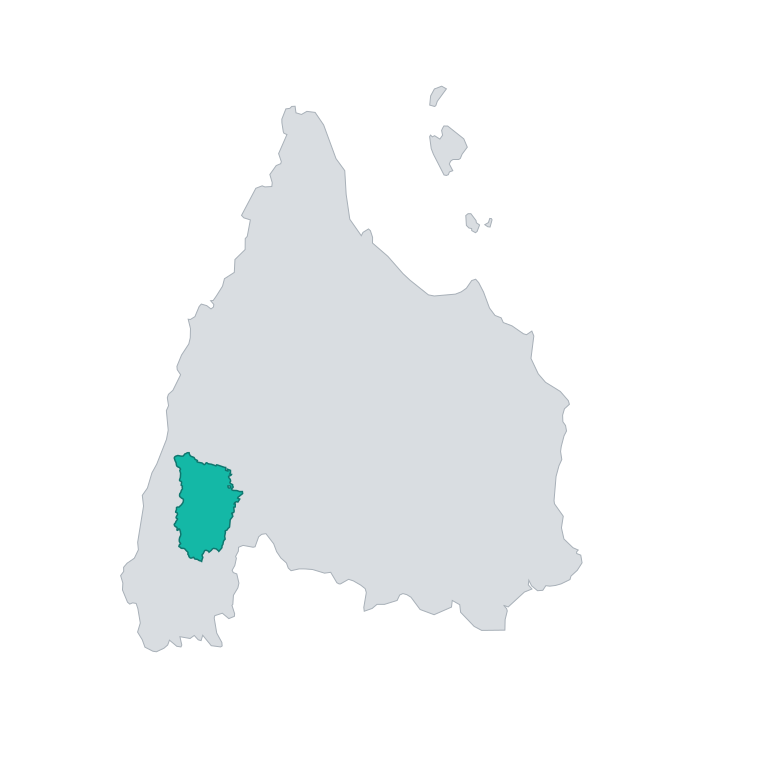 León on a map of Spain (Mercator projection), rotated 280°
{"feature_id": "ESP-5830", "entity_name": "León", "entity_type": "Autonomous Community", "adm_level": 1, "iso_a3": "ESP", "parent_name": "Spain", "parent_adm1": "", "projection": "mercator", "projection_center": [-5.923, 42.635], "detail": "fine", "context": "in_parent", "style": "filled", "palette": "teal", "viewbox_px": 768, "rotation_deg": 280, "n_neighbors": 0, "source": "natural_earth", "source_scale": "10m", "svg_char_len": 7936}
<svg xmlns="http://www.w3.org/2000/svg" viewBox="0 0 768 768"><g transform="rotate(280 384 384)"><path d="M413.8,179.9L413.9,182.1L417.5,186.1L428.2,188.5L431.0,190.2L430.4,195.8L427.9,200.6L430.2,202.7L432.8,202.6L435.9,198.8L436.6,201.3L441.5,203.6L452.3,208.0L460.0,208.6L467.9,217.2L480.7,215.6L492.3,223.9L503.1,222.1L505.6,223.7L522.4,223.9L523.3,217.1L525.3,214.4L554.5,223.8L558.0,229.6L557.4,232.5L559.0,239.2L562.8,239.0L570.5,235.2L580.4,239.9L583.0,244.0L585.1,244.3L592.6,240.2L612.8,245.1L613.6,241.9L615.0,241.0L623.5,238.1L627.1,237.4L637.9,239.6L639.1,243.4L641.3,244.9L642.1,248.2L635.8,250.2L635.1,255.9L639.1,260.7L639.5,269.0L628.6,279.6L597.6,297.6L587.3,308.3L564.2,313.8L540.3,321.7L526.1,335.9L529.7,337.0L534.0,341.8L532.6,344.0L526.4,347.3L520.8,348.2L510.4,365.6L496.0,383.5L490.8,391.5L479.5,412.2L479.4,418.2L484.9,438.7L488.1,444.0L492.6,448.5L501.1,452.4L503.1,456.1L500.2,459.7L491.8,466.1L477.1,474.7L470.8,481.4L469.5,487.9L465.2,490.8L463.5,499.9L457.7,512.5L457.3,515.8L461.8,520.4L457.3,523.2L434.7,524.3L420.7,534.2L413.7,542.8L407.3,558.9L399.6,568.4L396.2,570.1L390.9,566.0L384.3,565.3L377.9,566.7L374.6,570.0L369.4,571.9L364.2,570.3L353.2,569.4L348.2,569.6L340.5,572.2L333.9,570.5L322.8,569.5L298.7,571.7L295.6,572.7L284.9,583.5L273.2,583.7L262.6,588.1L255.6,598.5L254.2,604.1L252.1,602.8L250.5,603.2L249.6,607.5L242.3,610.1L234.1,606.7L227.3,601.5L223.7,601.1L217.9,593.1L215.4,587.9L213.7,582.4L213.5,578.4L208.4,576.2L207.1,571.1L210.9,564.4L215.9,560.7L211.2,561.0L207.8,565.3L203.5,558.4L186.0,545.0L186.9,540.2L184.0,543.8L181.9,544.8L173.0,544.2L162.6,545.8L158.3,523.0L160.9,514.9L172.5,499.1L179.8,496.9L182.7,488.8L176.0,489.2L165.5,473.4L168.2,458.7L178.7,447.6L180.5,443.1L180.9,439.0L178.9,436.1L173.1,434.5L167.1,422.8L165.8,415.4L160.9,411.3L156.8,404.0L160.5,402.9L175.5,402.8L179.2,401.0L181.9,396.0L184.8,388.0L185.5,383.0L179.6,375.9L179.3,374.5L180.1,372.1L189.3,364.2L187.4,358.3L188.9,345.9L188.2,338.6L187.2,332.6L184.0,324.9L186.1,321.7L190.8,319.0L194.7,312.7L200.2,307.4L207.5,303.1L216.1,293.7L214.7,289.6L211.8,287.1L201.3,285.3L200.5,283.4L200.6,273.2L197.9,269.1L194.1,269.6L188.3,267.8L186.8,268.9L179.4,268.6L174.2,266.8L172.1,268.3L171.4,272.0L162.7,275.7L157.9,275.5L149.8,272.4L140.7,273.4L139.6,272.7L131.8,276.8L129.2,277.0L126.0,271.9L130.2,264.6L126.5,257.6L124.1,257.4L109.7,262.5L101.3,269.2L97.9,270.1L96.7,268.8L96.3,259.3L105.1,249.1L99.5,248.4L99.8,245.5L103.4,240.8L99.7,237.2L99.7,226.9L91.8,230.2L89.8,229.7L89.7,225.5L94.5,217.2L89.4,216.3L85.6,213.2L80.8,206.4L80.7,202.8L83.3,194.3L90.2,190.3L96.9,184.4L106.3,185.5L120.1,180.6L124.9,178.0L124.8,174.4L123.1,171.8L124.6,169.3L135.8,162.2L142.6,161.4L149.6,157.9L154.2,160.2L158.3,159.4L162.9,162.1L169.1,168.4L178.1,170.9L185.3,168.9L222.0,168.4L232.4,165.3L240.5,169.1L256.2,170.9L265.6,174.1L291.7,179.4L301.1,179.5L320.0,174.3L325.2,175.6L332.8,173.0L336.4,173.5L341.1,177.2L357.8,182.1L362.2,177.9L365.4,177.0L377.4,179.6L389.5,184.8L395.8,185.2L405.0,183.8L413.8,179.9ZM634.9,396.5L639.2,398.5L643.7,396.7L646.1,397.3L648.5,398.2L649.1,401.9L639.3,420.0L631.7,424.9L623.9,421.0L619.4,420.0L618.1,418.6L617.0,412.8L615.0,410.9L612.0,410.1L606.0,414.7L604.2,411.6L601.3,411.0L600.2,409.2L600.3,406.8L618.8,392.8L624.1,389.6L635.5,386.0L637.2,386.6L635.8,388.7L637.3,390.7L634.9,396.5ZM687.3,389.1L685.5,394.2L671.7,387.4L667.2,386.7L666.1,385.7L666.6,380.6L675.8,379.9L683.3,382.4L687.3,389.1ZM558.8,447.0L557.2,450.5L550.4,449.2L548.9,447.8L550.3,443.8L552.3,443.3L552.4,440.5L554.5,437.6L564.1,435.3L566.3,437.2L566.8,440.0L561.0,446.2L558.8,447.0ZM565.5,461.1L564.4,461.9L557.0,461.2L556.9,458.9L558.4,455.6L561.1,458.8L565.4,459.4L565.5,461.1Z" fill="#d9dde1" stroke="#a8b0b8" stroke-width="1"/><path d="M274.9,190.3L275.3,190.4L275.7,190.5L276.6,191.2L277.8,193.4L277.7,196.7L277.8,197.3L278.0,198.3L278.3,198.8L278.8,199.1L280.6,200.1L280.9,200.6L281.1,201.1L282.0,202.0L282.2,202.4L282.5,204.0L281.0,204.6L279.8,205.6L279.3,206.5L278.7,209.5L278.3,210.0L277.1,210.9L276.8,211.6L276.3,213.5L275.2,213.3L274.9,213.5L274.8,213.8L274.7,214.2L274.6,218.4L274.4,219.0L273.5,220.4L273.4,220.8L273.5,221.3L273.9,221.7L275.4,222.5L275.6,223.0L275.6,223.4L275.1,224.2L274.9,225.1L275.0,228.0L274.2,232.7L275.3,233.2L275.3,234.3L274.2,241.4L274.3,242.6L271.5,243.0L271.2,245.2L272.9,244.7L272.3,247.8L270.2,248.2L268.6,247.7L268.5,249.5L267.5,249.1L266.1,247.0L265.3,247.2L264.8,247.5L263.7,248.8L262.7,249.5L261.6,249.8L260.5,249.3L260.0,249.4L259.7,249.7L259.1,250.7L258.7,252.1L258.6,252.3L258.4,252.5L258.2,252.4L257.5,252.6L256.5,253.3L255.9,253.3L254.5,252.2L254.2,252.1L253.3,252.7L253.0,253.9L253.5,257.6L253.0,260.6L253.5,263.2L251.5,263.8L247.0,259.8L246.1,259.7L245.6,261.9L242.4,260.6L242.5,259.5L242.5,259.2L242.3,258.9L241.5,257.9L241.0,257.5L239.9,257.2L240.0,258.4L237.1,258.8L236.5,257.4L232.8,258.5L231.4,258.3L230.8,257.1L230.4,256.6L229.9,256.5L229.7,256.7L229.5,257.2L229.4,257.4L229.1,257.4L228.6,257.4L228.3,257.5L227.8,258.0L227.5,258.1L223.6,256.1L216.4,256.7L216.0,256.6L214.7,255.5L213.1,254.9L212.6,254.4L212.0,253.4L211.6,253.1L211.2,253.2L210.4,253.6L206.4,253.5L203.6,254.5L202.1,253.5L200.6,253.2L198.0,253.2L196.7,252.6L196.3,252.6L194.7,252.8L194.0,252.5L190.5,250.4L191.1,249.8L191.7,248.7L192.2,248.0L192.4,247.6L192.5,247.2L192.5,246.8L192.5,245.9L192.5,245.5L192.6,245.0L192.4,244.5L191.8,243.7L190.2,242.8L188.0,240.9L188.3,240.7L188.5,240.5L188.8,240.0L189.0,239.7L189.2,239.1L189.3,238.1L189.4,237.6L188.8,236.3L185.6,235.4L185.4,235.3L184.9,234.9L184.4,234.6L183.8,234.6L182.9,234.9L182.5,235.2L182.3,235.4L182.2,235.5L181.6,235.7L179.6,235.3L177.6,235.2L178.0,234.1L178.0,232.9L178.1,232.5L178.9,230.7L178.9,230.0L178.8,228.3L179.0,227.8L179.4,227.4L179.8,227.2L180.2,226.8L180.2,226.4L180.1,226.0L179.8,225.7L179.5,225.3L179.2,224.7L179.0,223.9L179.1,223.4L179.3,222.9L179.9,222.2L180.0,222.0L181.3,221.4L182.3,220.4L182.8,220.3L183.2,220.4L183.5,220.4L184.0,220.2L184.5,219.8L185.5,218.3L186.9,216.6L187.2,216.1L187.3,215.4L187.3,214.9L187.0,213.4L187.1,212.6L187.8,211.7L188.0,211.3L188.1,210.7L188.5,210.2L190.0,210.4L190.8,210.8L191.1,211.4L191.4,211.5L191.9,211.2L192.2,210.9L192.6,210.5L192.9,210.1L193.4,209.8L194.2,209.6L195.0,209.4L197.1,209.4L197.7,209.5L198.1,209.6L198.3,209.9L200.4,210.0L200.9,210.0L202.5,209.3L203.1,209.2L205.5,207.9L205.7,207.5L205.7,207.1L205.4,206.9L204.6,206.6L204.2,206.4L204.0,206.0L204.1,205.7L204.3,205.4L205.6,205.4L206.5,205.1L206.8,204.9L207.0,204.6L207.0,204.3L207.1,203.9L207.3,203.6L207.6,203.2L207.7,202.8L208.0,202.4L209.2,201.8L210.0,202.0L210.4,202.3L210.8,202.6L211.7,202.9L212.3,202.9L214.2,203.8L215.1,204.1L215.4,204.0L215.6,203.7L215.8,202.9L216.0,202.6L216.6,202.4L217.7,202.6L218.9,203.1L219.5,203.3L220.1,203.2L221.0,202.8L221.3,202.4L221.4,201.9L221.5,201.5L221.6,201.1L222.0,201.0L224.2,201.4L224.8,201.4L226.1,201.1L226.6,201.4L226.9,201.8L227.0,202.7L227.2,203.1L227.3,203.5L227.6,203.9L228.7,204.5L229.2,205.0L229.8,205.4L230.3,205.6L230.5,205.8L231.7,206.3L232.1,206.5L232.5,206.7L234.3,206.7L235.0,206.6L235.5,206.5L235.9,206.1L236.0,205.7L236.2,205.4L236.3,205.0L236.3,204.9L236.4,204.7L236.5,204.3L236.7,204.0L237.0,203.6L237.3,203.2L237.4,202.8L237.7,202.5L238.1,202.2L238.8,202.0L239.9,201.9L240.6,202.0L241.8,202.6L242.8,202.8L243.4,202.8L244.4,203.0L244.8,203.3L245.2,203.5L245.6,203.7L246.1,203.6L247.2,203.2L248.0,203.2L248.4,203.2L248.6,202.9L248.8,202.5L248.9,202.1L249.1,201.8L251.6,201.8L252.1,201.7L252.5,201.5L252.9,201.0L253.2,199.7L253.6,199.4L254.2,199.3L256.6,199.7L260.8,199.2L263.2,198.0L263.6,197.9L264.1,198.2L264.5,198.4L265.0,198.3L265.7,197.6L266.1,197.1L266.4,196.1L266.5,195.7L266.6,195.3L267.1,194.4L267.5,194.0L268.3,193.6L270.0,193.1L271.3,192.3L272.0,191.7L274.4,190.4L274.9,190.3ZM256.0,250.9L256.8,250.4L256.8,249.2L256.5,248.0L255.5,248.2L254.7,248.9L254.7,249.9L255.2,250.8L256.0,250.9Z" fill="#14b8a6" stroke="#0f766e" stroke-width="1.5"/></g></svg>